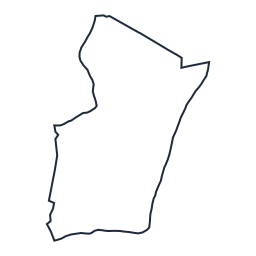 Bahr-Azoum, Salamat, Chad (Natural Earth projection)
{"feature_id": "50815135B73615292321578", "entity_name": "Bahr-Azoum", "entity_type": "district", "adm_level": 2, "iso_a3": "TCD", "parent_name": "Chad", "parent_adm1": "Salamat", "projection": "natural_earth1", "projection_center": [20.375, 10.976], "detail": "fine", "context": "isolated", "style": "outline", "palette": "slate", "viewbox_px": 256, "rotation_deg": 0, "n_neighbors": 0, "source": "geoboundaries", "source_scale": "gbopen_adm2", "svg_char_len": 1501}
<svg xmlns="http://www.w3.org/2000/svg" viewBox="0 0 256 256"><path d="M55.0,169.2L48.9,200.7L54.1,203.0L53.0,208.7L50.3,214.3L50.1,214.7L50.6,221.0L46.9,224.1L50.8,231.3L54.3,240.6L57.2,239.9L61.4,238.6L65.7,236.2L70.6,234.6L75.6,233.8L81.1,233.0L85.9,233.5L89.4,233.7L91.9,232.7L94.5,230.8L98.2,229.8L101.8,230.2L105.1,230.7L108.0,231.0L112.3,230.9L117.1,230.9L120.0,231.0L124.3,231.6L128.9,232.0L131.8,232.5L138.2,233.4L142.4,232.5L146.8,230.0L149.2,227.6L149.9,221.7L150.4,213.9L151.6,209.0L152.3,204.2L153.7,198.5L155.3,195.4L155.9,192.3L158.0,187.1L159.5,183.6L160.9,180.7L161.9,176.0L163.4,170.7L164.3,167.6L165.9,164.1L167.7,159.8L169.4,154.4L170.5,149.5L171.4,145.5L173.0,137.4L176.1,130.7L177.8,125.9L179.3,122.1L180.7,117.7L183.1,113.0L185.3,108.4L186.3,105.4L188.0,102.6L191.5,97.8L193.4,94.6L195.8,90.8L198.4,87.9L201.4,83.9L203.7,80.0L206.3,76.2L207.2,72.4L208.1,69.2L208.6,65.4L209.1,62.1L187.9,66.3L181.4,67.8L181.7,57.9L177.8,55.4L168.5,50.1L139.9,33.0L139.4,32.9L113.5,18.3L109.6,16.1L108.3,16.3L106.1,16.7L103.6,15.4L95.5,16.0L94.9,19.9L94.1,22.8L92.3,28.2L89.8,33.4L87.4,37.3L85.0,41.8L81.3,47.6L79.6,52.7L79.5,57.0L80.5,60.8L83.7,65.6L87.4,69.7L90.0,76.0L92.3,79.9L93.7,84.2L93.2,87.9L92.8,91.4L93.9,95.6L95.7,101.0L96.7,105.8L95.0,108.1L92.5,109.7L90.2,111.2L87.2,112.6L83.2,113.0L79.3,115.3L75.7,117.5L71.2,120.6L68.5,121.4L64.2,123.9L60.5,125.4L57.0,125.5L54.3,125.4L55.4,131.7L58.2,134.9L55.4,139.0L57.2,155.4L55.0,169.2Z" fill="none" stroke="#1e293b" stroke-width="2"/></svg>